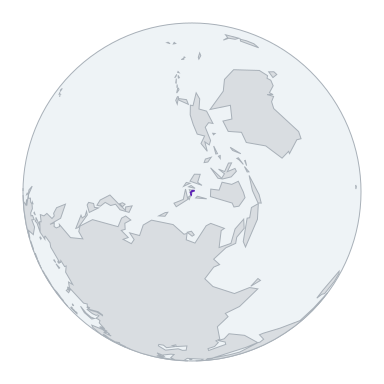 Antique on an orthographic globe, rotated 236°
{"feature_id": "PHL-2526", "entity_name": "Antique", "entity_type": "Province", "adm_level": 1, "iso_a3": "PHL", "parent_name": "Philippines", "parent_adm1": "", "projection": "orthographic", "projection_center": [121.948, 11.272], "detail": "fine", "context": "on_globe", "style": "filled", "palette": "violet", "viewbox_px": 384, "rotation_deg": 236, "n_neighbors": 0, "source": "natural_earth", "source_scale": "10m", "svg_char_len": 9642}
<svg xmlns="http://www.w3.org/2000/svg" viewBox="0 0 384 384"><g transform="rotate(236 192 192)"><circle cx="192" cy="192" r="169" fill="#eef3f6" stroke="#a8b0b8"/><path d="M329.8,254.7L329.6,255.8L329.4,256.0L329.8,254.7ZM283.9,50.2L278.6,47.1L274.2,47.0L278.4,50.8L273.1,47.4L284.9,58.0L286.2,62.8L281.3,55.1L278.2,52.8L277.3,54.6L273.8,52.6L271.4,52.6L267.4,50.3L264.9,46.6L262.2,45.2L261.7,46.7L257.4,45.7L258.5,43.6L251.0,41.9L245.4,36.6L251.6,35.0L245.1,32.1L243.7,31.1L257.6,36.3L271.1,42.7L283.9,50.2ZM350.4,142.4L349.0,138.8L350.2,140.3L350.4,142.4ZM348.0,137.2L348.5,138.3L348.0,137.5L348.0,137.2ZM347.5,136.9L347.8,137.1L347.6,137.3L347.5,136.9ZM347.0,137.2L347.2,136.9L347.2,137.1L347.0,137.2ZM345.7,136.3L345.3,136.0L345.4,135.4L345.7,136.3ZM289.7,54.1L288.4,53.2L287.3,52.5L289.7,54.1ZM282.3,54.4L282.3,53.4L283.5,55.1L282.3,54.4ZM271.8,53.0L272.9,54.0L271.2,53.6L271.8,53.0ZM263.4,49.9L260.4,49.2L263.1,49.2L263.4,49.9ZM258.3,48.4L250.9,47.3L252.6,49.2L243.5,43.6L252.8,46.1L255.8,45.7L255.9,47.0L258.3,48.4ZM242.1,30.7L241.8,30.6L239.6,29.9L242.1,30.7ZM238.3,29.5L238.9,29.8L232.7,28.1L230.9,27.6L231.8,27.8L238.3,29.5ZM229.8,27.3L229.0,27.2L229.8,27.3ZM239.6,40.9L237.4,40.3L239.2,40.3L239.6,40.9ZM242.1,30.9L240.7,30.7L235.3,29.2L234.1,29.0L232.5,28.1L242.1,30.9ZM228.4,27.0L228.2,27.0L227.7,26.9L228.4,27.0ZM228.8,27.3L226.9,26.8L229.2,27.5L225.3,26.7L224.9,26.4L223.4,26.2L222.2,26.0L223.3,26.0L228.8,27.3ZM216.2,24.8L215.5,24.7L214.6,24.6L216.2,24.8ZM221.2,25.6L220.0,25.4L217.2,25.0L218.6,25.1L220.4,25.4L221.2,25.6ZM222.7,26.4L228.8,27.7L228.7,27.8L222.7,26.4ZM213.6,24.5L214.1,24.6L213.1,24.4L213.6,24.5ZM219.6,25.7L221.8,26.1L221.6,26.1L219.6,25.7ZM213.2,24.6L212.7,24.4L214.5,24.6L213.2,24.6ZM215.9,25.0L215.1,25.0L215.5,24.8L216.9,25.2L215.9,25.0ZM219.1,25.7L219.6,25.8L218.2,25.5L219.1,25.7ZM206.5,24.1L206.6,23.8L210.7,24.1L210.0,24.3L206.5,24.1ZM49.9,100.6L47.2,105.5L47.2,107.6L56.8,95.0L56.8,91.1L62.2,84.1L66.5,81.8L67.3,86.3L69.4,83.8L73.4,76.2L78.2,73.1L75.4,73.5L73.1,76.4L71.3,76.9L73.2,74.4L74.8,73.2L75.9,71.2L67.9,78.1L64.8,81.8L64.8,80.8L59.5,87.2L58.7,88.2L67.3,78.0L76.6,68.6L86.6,59.9L97.3,52.1L96.0,53.1L97.2,52.5L102.5,49.2L100.9,50.5L106.4,47.2L107.7,47.6L110.8,44.5L117.0,41.4L121.4,40.1L124.0,38.7L117.0,41.0L113.7,42.5L109.9,44.6L101.5,49.4L101.4,49.4L112.7,42.8L124.5,37.1L135.1,34.0L137.6,34.5L128.0,41.0L123.7,42.1L125.0,40.2L117.8,44.5L121.3,42.9L120.0,44.3L125.6,42.4L125.0,43.3L131.5,40.2L131.3,41.1L127.2,43.1L135.4,41.9L136.8,43.8L139.0,43.1L140.9,41.9L141.4,45.6L142.9,45.0L143.4,43.5L146.9,41.4L153.2,39.4L153.0,40.8L150.7,41.7L145.6,46.0L139.5,48.7L140.1,49.1L145.3,47.2L151.5,41.8L155.4,40.3L153.0,42.7L154.2,41.7L156.0,41.4L157.7,42.5L160.5,40.0L181.1,36.8L186.4,39.3L182.0,41.4L196.2,42.4L201.0,46.3L201.4,44.7L208.5,44.9L207.1,43.6L207.8,42.9L225.4,44.1L229.3,45.9L237.4,45.7L237.6,45.1L235.1,43.6L243.5,43.6L252.6,49.2L251.7,50.3L258.1,53.6L255.0,55.9L255.4,59.7L248.3,61.1L249.2,64.4L251.7,65.4L254.7,71.0L252.7,80.3L243.7,68.4L244.6,56.2L243.4,60.5L240.5,58.4L238.1,59.4L237.4,62.9L239.3,63.9L222.1,65.8L214.2,75.3L222.5,76.0L226.4,80.1L224.7,94.1L204.6,111.3L209.7,119.0L209.2,123.6L203.0,125.6L203.6,118.8L198.4,115.7L199.7,111.9L189.9,113.7L191.3,108.4L183.1,112.8L184.9,117.4L193.0,117.5L185.2,124.2L191.9,133.1L191.3,142.7L175.6,158.1L161.5,161.7L160.4,164.7L155.6,160.5L148.0,165.9L156.1,184.9L155.5,190.0L143.7,198.5L143.7,194.6L130.8,183.4L127.6,195.5L137.3,207.1L140.6,219.7L132.7,214.9L129.5,203.8L125.0,199.5L126.8,188.9L124.2,172.4L116.4,174.3L117.6,168.0L112.9,154.1L101.9,156.5L84.1,170.4L80.6,186.3L74.9,192.4L70.5,167.4L72.7,151.7L68.5,152.2L66.1,137.7L54.6,132.8L55.2,128.6L52.5,129.6L51.3,124.3L53.2,117.7L51.3,117.1L46.8,134.8L49.1,135.6L54.2,130.6L52.3,136.6L53.8,143.4L43.8,155.4L30.5,162.2L33.0,150.0L43.1,115.4L44.9,112.3L45.1,111.9L45.5,111.2L42.4,116.1L45.5,109.8L35.9,132.6L32.6,142.1L30.2,162.8L29.5,164.3L29.9,169.1L35.9,168.1L35.1,172.0L29.9,188.8L25.0,209.7L27.8,227.8L31.3,242.4L32.7,248.2L29.1,236.9L26.4,225.4L24.4,213.7L23.3,201.9L23.1,190.1L23.6,178.3L25.0,166.5L27.2,154.9L30.2,143.5L34.0,132.3L38.5,121.3L43.8,110.8L49.9,100.6ZM64.1,98.7L67.2,101.7L72.7,92.5L74.4,93.1L75.6,89.9L73.1,91.9L77.2,83.8L81.0,82.7L84.2,79.2L83.3,78.1L75.7,81.6L69.7,92.9L66.0,95.6L64.1,98.7ZM199.9,23.2L196.1,23.1L197.0,23.2L192.9,23.3L186.3,23.4L187.8,23.5L184.7,24.0L179.1,24.3L181.9,23.8L173.6,24.7L174.3,24.3L173.3,24.4L171.6,24.4L167.8,24.8L168.8,24.6L166.9,24.9L166.5,25.0L183.2,23.3L199.9,23.2ZM211.0,24.1L210.6,24.1L209.8,24.0L208.5,23.8L209.0,23.9L206.2,23.7L205.8,23.8L203.3,23.6L205.2,24.1L197.1,23.7L193.4,23.4L202.1,23.4L202.9,23.4L211.0,24.1ZM154.7,28.7L156.9,28.1L157.7,28.0L163.8,26.8L163.8,27.3L160.2,28.2L154.7,28.7ZM54.9,96.6L52.9,98.5L53.8,96.9L54.3,96.5L54.9,96.6ZM56.2,91.5L54.3,94.2L55.4,92.6L56.2,91.5ZM155.8,29.1L158.3,28.5L156.7,29.1L155.8,29.1ZM164.1,27.7L162.9,28.3L164.5,27.3L164.1,27.7ZM102.8,329.5L106.3,331.6L104.6,331.3L102.8,329.5ZM37.4,245.6L44.1,269.7L42.3,268.3L38.4,260.2L33.6,245.1L34.6,242.4L34.2,236.1L37.4,245.6ZM183.3,252.0L188.6,253.2L188.4,253.9L183.3,252.0ZM177.8,248.9L183.8,249.7L176.9,250.5L177.8,248.9ZM186.1,250.0L192.2,249.0L194.8,248.0L194.4,249.6L186.1,250.0ZM173.8,248.6L152.4,246.2L144.1,243.2L146.0,240.6L159.4,242.9L173.8,248.6ZM145.3,240.5L132.8,231.0L116.5,205.6L122.3,206.8L139.5,223.1L138.4,225.4L145.9,232.6L145.3,240.5ZM176.1,229.2L175.0,236.4L163.1,234.5L157.7,232.8L154.0,223.0L156.1,218.4L160.4,219.1L177.9,204.7L183.9,209.2L178.4,215.5L183.3,222.4L176.1,229.2ZM81.0,188.0L83.4,198.3L80.4,199.3L81.0,188.0ZM185.5,194.1L178.1,200.4L185.0,191.7L185.5,194.1ZM189.8,185.6L190.0,189.2L187.3,185.5L189.8,185.6ZM159.8,169.6L155.2,169.9L155.3,167.4L161.3,165.5L159.8,169.6ZM190.8,151.1L189.9,158.3L188.7,160.6L187.0,156.0L190.8,151.1ZM159.6,35.7L151.1,36.5L145.1,38.1L141.7,40.3L142.8,37.8L152.2,35.3L159.6,35.7ZM178.5,36.4L181.4,34.9L182.6,35.7L182.1,36.1L178.5,36.4ZM178.5,35.4L177.5,33.4L180.7,32.7L180.9,34.4L178.5,35.4ZM166.3,30.3L163.8,30.4L165.1,29.7L166.3,30.3ZM290.0,316.6L291.7,317.4L286.9,321.7L280.3,326.2L274.3,327.9L290.0,316.6ZM242.0,328.0L241.6,323.1L248.7,322.8L245.9,327.1L242.0,328.0ZM294.5,313.1L298.9,308.5L300.4,302.9L300.0,307.9L303.6,307.7L293.2,316.9L294.5,313.1ZM215.5,306.4L182.5,314.2L175.2,312.2L176.7,308.1L169.3,294.3L171.7,294.8L169.7,285.6L189.0,278.9L202.7,264.7L213.8,266.4L222.0,255.9L233.5,257.3L230.2,265.9L242.4,272.3L250.3,253.1L258.1,274.3L267.2,281.9L270.1,294.9L255.1,315.8L246.2,319.7L244.3,317.8L240.6,319.8L234.7,318.7L231.0,311.7L227.4,313.7L230.8,308.7L225.6,313.1L222.4,308.5L215.5,306.4ZM298.3,272.0L300.1,272.5L303.0,276.1L300.1,275.5L298.3,272.0ZM325.2,259.3L326.0,260.9L324.2,261.5L325.2,259.3ZM329.4,256.0L327.2,256.8L329.8,254.7L329.4,256.0ZM307.4,259.7L308.4,261.0L307.6,261.5L307.4,259.7ZM306.7,259.3L307.8,257.2L307.6,259.3L306.7,259.3ZM298.1,248.0L299.2,247.0L299.7,247.8L298.1,248.0ZM196.4,253.9L203.7,248.9L207.7,248.7L196.4,253.9ZM296.5,245.7L293.8,245.5L294.1,244.4L296.5,245.7ZM296.7,243.1L296.4,241.5L298.1,245.2L296.7,243.1ZM291.5,239.5L294.8,242.4L291.1,239.8L291.5,239.5ZM289.5,239.8L287.1,238.5L287.3,238.1L289.5,239.8ZM263.0,241.1L271.9,250.9L264.8,250.4L256.9,244.2L250.9,249.3L237.1,247.7L240.2,244.5L238.3,239.2L224.3,236.2L221.4,232.6L226.4,230.7L217.2,227.4L227.2,226.6L231.4,233.8L237.1,228.7L247.1,230.7L256.9,233.6L264.9,239.2L263.0,241.1ZM227.4,241.8L229.1,242.0L227.6,243.9L227.4,241.8ZM282.6,234.6L286.0,238.1L285.6,238.9L284.0,238.3L282.6,234.6ZM266.7,238.0L275.2,232.7L277.2,232.9L271.6,239.1L266.7,238.0ZM273.1,228.9L277.1,229.8L279.2,233.2L278.4,234.0L273.1,228.9ZM206.9,233.9L206.5,235.8L203.9,234.1L206.9,233.9ZM210.2,233.0L218.0,235.7L209.5,234.6L210.2,233.0ZM186.8,224.3L189.0,229.1L196.1,226.8L190.7,230.5L195.6,238.4L194.0,241.1L189.1,232.6L187.5,240.8L184.4,240.4L182.6,233.0L185.7,224.6L188.9,221.2L201.7,220.9L186.8,224.3ZM210.1,227.4L208.0,221.9L209.6,218.5L211.8,221.5L210.1,227.4ZM202.1,208.7L196.9,202.1L191.9,204.0L202.1,196.4L205.4,203.9L202.1,208.7ZM197.9,194.9L193.3,196.6L198.2,192.1L197.9,194.9ZM192.2,194.5L191.8,190.2L195.4,191.1L192.2,194.5ZM200.3,195.3L201.4,188.2L203.1,192.6L200.3,195.3ZM190.7,180.6L198.1,188.3L188.2,184.4L188.6,170.7L192.8,170.8L190.7,180.6ZM219.3,129.7L218.7,126.1L222.7,125.6L222.0,128.3L219.3,129.7ZM235.4,122.3L223.6,124.4L214.0,126.7L216.7,128.6L214.0,134.6L210.3,128.4L217.5,122.4L224.6,121.8L226.3,117.0L231.9,114.2L231.5,108.1L234.2,105.8L236.7,111.4L235.4,122.3ZM231.1,105.6L232.5,95.4L239.9,97.8L241.2,100.5L237.5,104.0L233.8,102.5L231.1,105.6ZM235.0,93.8L231.5,92.4L226.1,77.7L226.8,75.3L234.8,87.0L231.9,86.4L231.9,89.9L235.0,93.8ZM237.8,41.1L237.5,40.4L239.1,41.2L237.8,41.1ZM206.9,42.2L208.2,41.5L210.0,42.2L206.9,42.2ZM212.7,39.9L209.7,39.5L212.9,39.3L212.7,39.9ZM203.0,39.0L208.6,39.1L203.1,39.9L203.0,39.0Z" fill="#d9dde1" stroke="#a8b0b8" stroke-width="1"/><path d="M192.2,194.4L192.1,194.5L191.9,194.4L192.0,194.3L192.1,194.0L192.1,193.9L192.1,193.7L192.0,193.4L192.0,193.2L192.3,192.8L192.3,192.6L192.3,192.1L192.3,191.9L192.3,191.7L192.4,191.4L192.5,190.9L192.4,190.8L192.4,190.7L192.2,190.6L191.9,190.6L191.7,190.5L191.8,190.5L191.9,190.4L192.0,190.4L192.3,190.4L192.4,190.5L192.5,190.5L192.6,190.8L192.6,191.0L192.5,191.3L192.6,191.5L192.7,191.8L192.7,192.0L192.7,192.3L192.8,192.3L193.0,192.5L193.1,192.8L193.0,193.0L192.9,193.1L192.8,193.3L192.7,193.4L192.7,193.5L192.4,193.7L192.3,193.8L192.2,193.9L192.2,194.0L192.2,194.3L192.2,194.4ZM190.4,189.7L190.5,189.7L190.5,189.8L190.4,189.8L190.3,189.7L190.4,189.7ZM190.6,190.2L190.7,190.3L190.8,190.3L190.7,190.4L190.5,190.2L190.6,190.2Z" fill="#8b5cf6" stroke="#5b21b6" stroke-width="1.5"/></g></svg>